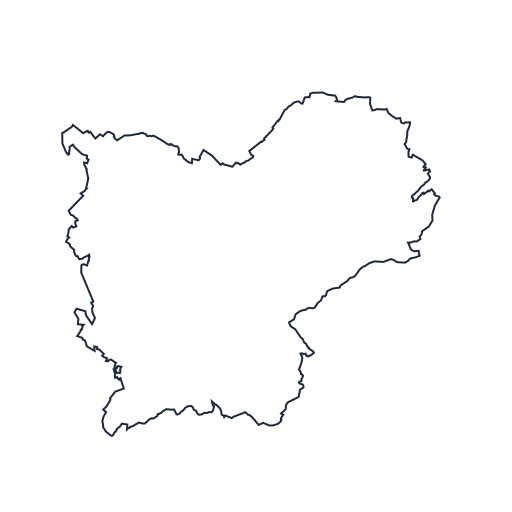 the district of Athy Lea-5, Kildare, Ireland, rotated 257°
{"feature_id": "5873133B78981384303410", "entity_name": "Athy Lea-5", "entity_type": "district", "adm_level": 2, "iso_a3": "IRL", "parent_name": "Ireland", "parent_adm1": "Kildare", "projection": "mercator", "projection_center": [-6.893, 52.99], "detail": "fine", "context": "isolated", "style": "outline", "palette": "slate", "viewbox_px": 512, "rotation_deg": 257, "n_neighbors": 0, "source": "geoboundaries", "source_scale": "gbopen_adm2", "svg_char_len": 6022}
<svg xmlns="http://www.w3.org/2000/svg" viewBox="0 0 512 512"><g transform="rotate(257 256 256)"><path d="M219.4,415.6L222.0,415.2L224.1,415.8L224.6,415.2L224.9,411.5L226.9,408.9L228.1,408.3L234.9,407.2L234.3,409.2L234.7,413.1L234.0,416.0L235.5,420.0L237.9,419.8L240.0,422.3L242.8,423.3L245.8,431.0L250.8,435.9L256.6,437.0L264.9,441.6L271.7,448.2L272.8,447.7L274.0,445.1L274.9,444.1L276.1,443.5L276.8,444.4L281.5,442.2L280.0,439.1L280.9,438.6L278.6,433.7L280.0,433.4L279.6,431.6L278.8,431.4L277.3,428.4L274.5,425.4L274.3,423.0L273.7,421.8L274.0,421.2L277.0,422.1L277.8,421.0L279.2,421.3L283.1,428.6L286.4,432.4L287.6,435.5L289.4,437.5L290.2,440.1L292.2,442.8L293.7,443.3L297.3,442.0L298.6,443.0L299.2,444.6L301.4,444.3L301.4,438.9L302.0,438.9L302.4,440.0L304.1,441.4L304.9,439.3L305.8,439.7L307.2,442.0L311.8,439.7L319.4,431.6L316.9,429.8L318.5,427.0L322.9,427.9L325.5,429.5L325.7,428.5L327.0,427.3L331.6,426.0L333.1,427.8L340.4,430.8L342.9,431.2L348.8,435.2L351.6,436.1L352.6,431.3L352.0,430.7L352.0,429.6L353.3,427.6L358.0,427.4L358.2,423.7L360.8,421.0L365.5,417.1L369.7,416.5L369.8,414.2L371.9,406.8L371.5,404.0L371.7,402.1L378.2,401.3L384.6,402.9L385.4,401.7L386.1,397.3L388.5,389.9L389.4,388.7L389.4,387.8L388.7,385.9L388.5,380.1L387.8,378.1L386.2,376.3L386.4,375.9L388.9,368.5L390.1,370.0L392.1,370.1L394.5,369.1L396.9,362.4L400.3,357.8L402.3,347.7L401.8,345.2L398.6,343.9L399.2,342.4L399.5,339.2L394.0,335.6L394.3,334.7L397.0,332.3L397.3,330.6L396.8,326.9L394.7,323.6L394.8,322.6L394.1,321.0L392.6,319.4L391.7,316.6L383.6,309.6L383.7,309.0L382.4,308.1L382.8,307.5L377.4,300.9L376.3,301.5L375.2,300.4L368.5,290.2L367.3,290.4L365.9,287.0L366.2,286.6L359.8,273.1L355.8,274.1L354.1,275.9L352.6,274.9L351.9,272.2L350.7,270.0L350.6,267.5L349.5,265.5L349.4,263.8L348.5,261.2L350.8,259.3L350.5,258.7L351.5,257.6L348.3,253.0L352.7,245.0L353.9,244.4L352.8,242.0L363.7,235.7L371.1,228.7L365.4,223.5L363.7,223.5L362.2,221.7L365.0,215.7L360.9,214.4L362.7,211.2L367.1,207.7L371.5,206.5L371.6,204.9L372.5,203.0L374.8,204.4L378.8,204.9L380.3,204.1L380.9,203.3L380.8,202.5L382.8,199.3L383.3,199.4L384.3,198.3L383.9,197.8L384.2,196.7L383.8,196.5L385.9,193.8L387.3,192.9L394.8,185.0L396.4,182.8L396.2,181.3L397.1,179.1L397.0,177.6L397.5,176.8L399.7,176.0L400.4,174.5L401.5,173.5L401.3,172.5L401.8,171.2L401.2,169.2L401.6,168.1L401.8,161.0L403.0,154.9L399.9,146.7L402.9,144.5L404.5,145.0L404.9,144.4L405.9,144.9L407.1,144.2L409.7,141.2L410.4,139.5L408.9,136.3L407.1,133.9L409.7,131.4L406.6,125.9L414.2,122.4L413.7,121.8L413.9,120.6L415.9,120.2L414.6,115.2L424.9,107.1L423.2,105.5L419.7,96.3L419.5,94.9L409.4,92.7L399.9,94.3L396.9,95.8L397.5,97.1L399.0,97.0L401.2,98.2L404.2,98.9L405.7,102.6L402.8,103.7L394.0,109.8L391.8,114.0L389.0,113.0L387.6,114.5L384.3,112.3L385.7,109.5L383.5,109.2L378.2,110.6L377.7,110.1L369.2,110.0L360.0,105.6L359.8,106.0L359.3,104.9L357.8,103.5L356.4,99.2L353.6,101.2L342.3,83.7L337.9,84.7L336.7,86.8L333.8,88.5L332.8,89.8L330.8,90.3L330.8,88.1L329.1,87.2L325.3,87.6L324.8,84.2L326.6,83.2L324.1,79.6L319.8,78.0L317.8,76.6L316.1,78.1L315.1,76.2L312.6,74.1L309.8,77.0L307.2,77.1L302.8,80.3L301.6,79.7L298.6,80.0L296.5,80.6L295.9,82.2L292.7,83.0L292.4,85.9L293.5,88.6L294.0,91.8L294.8,93.7L292.5,93.6L292.3,93.0L290.9,92.4L289.1,92.3L289.1,91.7L284.7,89.2L286.8,86.2L286.6,84.4L286.0,83.7L279.1,82.0L248.2,87.2L247.4,84.8L244.0,86.1L241.7,84.5L238.1,83.9L231.7,85.1L226.5,80.9L236.6,77.0L240.6,77.3L245.0,69.3L241.9,66.4L234.8,68.8L229.6,67.1L227.7,72.6L226.8,71.4L227.0,71.1L224.4,70.3L223.7,69.0L223.4,69.3L218.2,63.8L215.2,68.5L213.6,68.3L212.1,70.4L206.0,70.9L199.9,77.4L204.2,78.0L202.9,80.8L201.2,80.2L200.2,82.1L194.9,85.7L193.3,83.7L191.7,85.1L189.8,87.9L187.4,86.1L186.7,88.1L187.8,89.8L187.9,91.2L183.4,95.5L182.3,94.4L178.8,92.9L178.2,95.3L179.9,96.2L178.3,99.9L175.6,97.7L174.2,98.1L172.5,97.0L173.6,94.6L173.4,93.4L176.9,93.7L177.4,91.8L172.8,92.2L171.6,91.5L169.0,91.4L169.3,93.3L166.9,94.1L166.3,95.0L167.1,95.3L167.5,96.4L156.6,97.4L155.5,88.3L150.0,81.6L148.6,81.8L142.7,76.1L140.8,72.5L137.7,74.8L133.6,71.2L129.4,69.0L126.0,69.1L123.8,68.5L118.7,70.2L113.5,74.4L113.1,75.4L113.4,76.1L116.1,78.6L116.6,79.9L118.8,81.6L120.5,85.2L122.8,87.6L120.8,92.7L116.1,91.3L117.0,92.6L117.1,94.3L117.8,94.8L118.0,97.8L120.1,104.5L118.4,107.5L117.8,110.1L120.8,115.3L121.4,117.7L120.7,119.6L122.5,124.1L124.1,124.7L123.8,126.0L124.4,127.1L124.4,128.2L125.2,129.3L126.9,134.2L125.1,139.7L124.9,141.7L119.8,142.9L119.2,143.6L119.9,146.6L121.3,148.3L121.9,150.4L123.9,152.7L124.9,155.7L124.5,159.1L122.7,160.5L120.4,160.7L118.6,162.8L115.5,163.5L114.1,164.9L113.9,168.1L114.9,170.1L114.0,173.2L114.5,174.8L113.8,177.8L115.2,179.3L118.8,181.3L120.4,180.3L124.2,180.4L120.3,183.1L119.4,184.3L115.6,186.6L112.9,187.2L109.7,186.8L108.6,187.3L107.8,188.7L106.3,188.8L107.5,190.1L103.5,196.0L104.4,197.8L106.2,210.5L103.2,212.5L102.2,214.2L100.2,215.7L90.8,220.7L91.8,225.4L87.7,231.2L87.1,234.5L87.5,239.4L89.0,242.5L90.5,243.9L90.9,243.4L92.7,244.1L95.1,246.8L96.8,245.0L100.0,250.4L104.2,251.8L106.3,254.2L109.1,265.9L115.9,268.9L117.2,272.7L119.4,273.0L120.5,272.3L121.7,270.1L123.1,269.3L123.6,269.7L124.0,272.1L125.6,272.6L128.6,274.9L130.1,274.3L130.8,273.3L132.9,273.4L135.6,272.3L141.8,276.3L146.4,278.3L150.9,277.4L150.9,279.0L149.6,280.3L149.7,282.3L147.4,282.7L147.2,283.9L146.4,284.2L147.1,287.4L148.7,290.7L150.1,290.3L154.1,286.6L154.5,286.9L157.0,285.4L158.9,285.2L160.7,283.6L164.5,282.8L167.1,281.1L175.7,277.8L179.4,274.3L180.9,273.6L183.9,273.3L185.8,278.8L190.3,281.5L192.3,286.4L192.7,290.6L192.3,292.2L193.5,294.5L193.3,296.7L192.3,299.2L192.4,301.2L194.5,303.9L196.3,305.4L198.1,309.4L201.5,311.5L201.8,312.3L201.2,313.7L202.0,315.5L204.3,316.4L205.9,317.9L207.0,323.5L206.4,330.5L207.8,331.3L208.7,332.8L211.1,339.4L213.6,342.7L213.5,345.9L214.2,348.0L219.1,353.5L220.7,356.1L221.4,357.8L221.6,359.8L223.5,364.6L224.1,370.3L221.6,378.7L222.6,386.8L220.9,389.6L218.3,392.0L216.0,399.7L217.1,403.1L218.9,405.8L218.8,411.1L219.4,415.6Z" fill="none" stroke="#1e293b" stroke-width="2"/></g></svg>